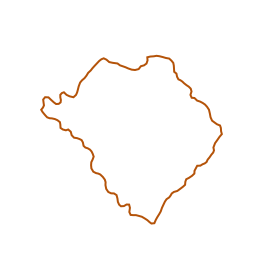 the district of Belo Oriente, Minas Gerais, Brazil, rotated 202°
{"feature_id": "56859067B81668974812121", "entity_name": "Belo Oriente", "entity_type": "district", "adm_level": 2, "iso_a3": "BRA", "parent_name": "Brazil", "parent_adm1": "Minas Gerais", "projection": "mercator", "projection_center": [-42.44, -19.258], "detail": "fine", "context": "isolated", "style": "outline", "palette": "amber", "viewbox_px": 256, "rotation_deg": 202, "n_neighbors": 0, "source": "geoboundaries", "source_scale": "gbopen_adm2", "svg_char_len": 2353}
<svg xmlns="http://www.w3.org/2000/svg" viewBox="0 0 256 256"><g transform="rotate(202 128 128)"><path d="M177.5,100.2L174.4,98.8L171.5,99.5L168.8,99.6L166.5,99.4L164.4,97.7L162.5,94.8L160.2,93.9L157.8,94.1L155.2,93.7L153.0,92.6L151.0,90.8L149.1,88.6L149.0,85.5L149.2,82.5L148.3,79.7L146.8,76.8L143.8,74.5L140.8,74.2L138.4,74.6L136.3,74.5L133.0,73.2L130.1,71.4L128.5,69.4L127.5,66.6L125.4,63.4L122.3,61.3L119.1,61.1L116.6,62.1L113.5,61.5L111.4,58.7L109.7,55.7L107.5,53.6L105.2,52.8L102.5,54.1L100.7,56.5L98.3,57.4L96.3,54.7L95.3,50.6L93.0,48.4L90.4,49.2L88.0,50.2L84.7,50.6L81.9,50.9L78.6,50.4L75.5,49.8L72.8,48.8L70.5,48.2L67.9,49.6L67.8,53.4L67.4,56.5L66.8,59.8L66.4,62.9L66.6,66.7L66.4,70.3L66.2,73.6L65.6,76.4L63.8,79.1L63.2,81.4L62.9,83.7L61.5,85.9L58.7,88.1L56.6,91.5L55.0,94.2L53.8,96.7L54.7,99.7L54.8,102.3L52.8,104.6L50.7,107.7L49.4,110.6L50.3,113.3L50.0,116.0L49.7,118.9L46.8,120.2L45.3,122.3L43.6,123.9L42.4,125.9L42.3,128.5L41.4,131.3L40.7,134.5L39.8,137.2L39.9,139.5L41.5,141.9L41.6,146.6L40.7,150.2L39.8,154.2L38.7,157.5L40.5,159.9L41.9,162.8L43.6,164.8L46.9,164.8L49.7,165.5L52.8,166.3L55.5,168.9L57.4,171.9L59.8,175.3L62.7,177.3L65.4,178.6L68.1,179.2L71.1,179.5L74.2,179.3L77.6,180.7L80.3,179.9L82.5,182.1L82.8,185.7L84.6,188.0L87.2,189.1L89.7,189.6L92.8,190.5L95.0,191.4L97.2,191.9L99.5,192.0L101.7,193.9L103.5,196.6L106.2,197.4L107.6,200.3L108.9,203.0L110.4,205.3L112.9,206.7L115.8,207.8L119.2,207.1L122.4,206.8L125.9,206.3L128.6,205.6L131.0,204.1L134.1,202.6L136.6,200.8L135.2,198.0L135.0,194.7L136.6,192.1L139.2,190.1L140.2,186.6L143.2,184.4L146.4,183.5L150.1,183.3L152.9,183.4L155.4,183.3L158.9,183.1L161.9,183.9L166.6,182.7L170.1,182.1L173.6,183.3L176.6,183.5L178.4,181.8L179.8,179.4L181.2,175.8L182.4,172.7L183.4,169.9L184.1,167.4L185.6,164.2L186.1,161.0L187.0,157.9L188.5,155.0L189.4,152.2L189.3,148.1L188.8,144.5L188.5,141.9L188.6,139.2L190.1,136.1L194.0,135.5L197.4,135.7L200.8,137.1L202.4,135.6L203.2,133.4L202.2,131.0L200.7,128.8L200.1,126.5L201.3,124.4L203.7,123.3L206.4,124.0L210.2,125.4L213.2,126.6L216.4,125.5L217.3,122.6L215.8,119.9L214.4,117.5L214.5,115.1L215.3,112.4L213.5,111.0L211.4,109.8L209.1,108.6L206.9,107.6L204.3,107.7L202.2,108.4L199.2,108.9L196.3,108.8L193.3,107.9L192.0,105.8L190.6,102.8L187.8,102.2L184.7,102.6L182.9,104.2L179.7,103.1L177.5,100.2Z" fill="none" stroke="#b45309" stroke-width="2"/></g></svg>